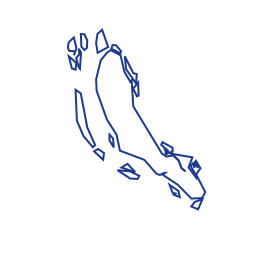 Bhola, Barisal, Bangladesh (Natural Earth projection), rotated 150°
{"feature_id": "16705992B37732832620169", "entity_name": "Bhola", "entity_type": "district", "adm_level": 2, "iso_a3": "BGD", "parent_name": "Bangladesh", "parent_adm1": "Barisal", "projection": "natural_earth1", "projection_center": [90.703, 22.35], "detail": "medium", "context": "isolated", "style": "outline", "palette": "blue", "viewbox_px": 256, "rotation_deg": 150, "n_neighbors": 0, "source": "geoboundaries", "source_scale": "gbopen_adm2", "svg_char_len": 1880}
<svg xmlns="http://www.w3.org/2000/svg" viewBox="0 0 256 256"><g transform="rotate(150 128 128)"><path d="M92.3,52.2L93.8,50.5L95.3,63.5L86.9,70.4L102.7,83.5L100.3,74.7L101.6,66.5L99.8,61.5L101.9,66.4L100.5,74.5L102.7,81.8L109.0,84.0L111.4,88.8L112.6,144.1L101.0,167.5L102.9,166.7L103.0,178.4L98.1,194.7L104.0,204.0L108.3,203.8L117.7,200.3L131.2,186.2L136.5,176.1L142.0,146.0L141.3,127.8L146.3,112.4L129.8,92.3L126.2,74.1L123.8,71.3L119.4,71.2L118.3,70.6L121.4,70.4L113.2,53.8L108.4,35.2L99.0,30.3L93.1,33.8L92.3,52.2ZM170.6,143.5L168.1,129.0L165.0,129.6L163.0,148.8L151.6,181.6L154.3,187.3L168.5,160.1L170.6,143.5ZM116.7,208.3L104.7,208.0L101.3,226.0L107.3,224.8L113.1,217.6L116.7,208.3ZM158.2,96.7L151.4,83.2L145.2,79.1L142.1,80.9L148.0,89.5L158.2,96.7ZM94.9,191.8L100.2,179.8L98.8,162.6L93.4,170.2L96.0,172.9L94.9,191.8ZM129.6,233.5L136.5,231.9L139.9,227.5L140.4,224.3L135.4,220.8L138.5,218.0L132.8,222.7L129.6,233.5ZM121.8,233.0L127.7,221.8L126.8,217.3L123.4,218.0L119.5,224.3L118.8,230.8L121.8,233.0ZM101.8,85.6L104.6,84.6L101.3,85.1L99.2,88.6L105.3,98.5L107.6,96.9L104.4,87.3L106.7,90.0L106.4,86.6L107.2,89.0L108.5,86.3L101.8,85.6ZM169.0,124.7L165.4,113.0L161.3,118.2L164.4,124.8L169.0,124.7ZM85.6,65.7L87.8,64.8L87.0,58.5L89.1,64.1L90.4,60.2L89.6,64.5L92.8,64.4L92.7,53.5L85.4,56.9L85.6,65.7ZM146.8,207.7L144.3,204.7L140.2,210.2L143.4,219.7L146.8,207.7ZM99.2,29.1L107.2,30.6L112.4,28.4L108.0,22.5L99.2,29.1ZM121.7,47.3L117.7,42.3L115.8,48.1L120.4,57.9L121.7,49.7L119.6,47.5L121.7,47.3ZM96.4,162.4L103.8,159.5L104.4,150.9L102.6,150.8L96.4,162.4ZM153.4,97.0L144.7,87.1L144.0,87.0L146.3,97.2L153.4,97.0ZM137.9,214.5L140.3,205.2L140.0,203.3L131.0,216.7L130.8,221.2L133.3,216.2L137.9,214.5ZM97.0,205.6L99.9,207.5L102.8,205.0L97.3,196.4L95.6,197.9L97.0,205.6ZM147.3,131.5L150.3,126.6L150.0,118.3L146.2,126.4L147.3,131.5Z" fill="none" stroke="#1e3a8a" stroke-width="2"/></g></svg>